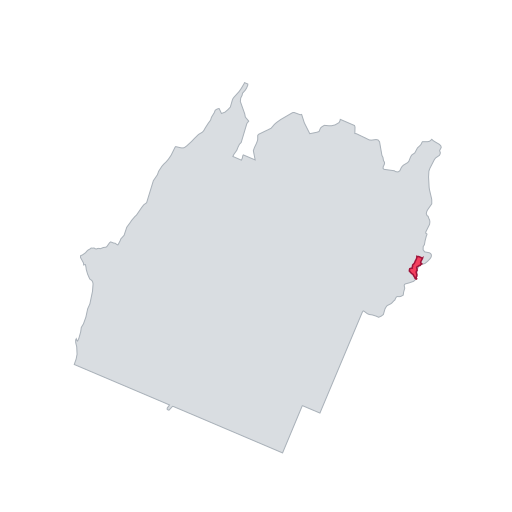 Ag Geneina, Western Darfur, Sudan shown in context, rotated 203°
{"feature_id": "16777658B14333470072302", "entity_name": "Ag Geneina", "entity_type": "district", "adm_level": 2, "iso_a3": "SDN", "parent_name": "Sudan", "parent_adm1": "Western Darfur", "projection": "equal_earth", "projection_center": [22.252, 13.37], "detail": "fine", "context": "in_parent", "style": "filled", "palette": "rose", "viewbox_px": 512, "rotation_deg": 203, "n_neighbors": 0, "source": "geoboundaries", "source_scale": "gbopen_adm2", "svg_char_len": 5616}
<svg xmlns="http://www.w3.org/2000/svg" viewBox="0 0 512 512"><g transform="rotate(203 256 256)"><path d="M334.3,411.1L330.7,411.1L330.3,409.9L330.3,406.8L330.7,404.4L332.0,400.6L331.6,398.5L331.8,395.5L330.8,392.1L321.9,382.4L320.1,379.7L315.4,377.3L316.2,374.5L314.0,354.7L314.9,352.4L315.1,348.9L315.0,345.8L316.1,340.8L316.2,338.6L306.9,338.5L306.8,340.7L307.3,343.1L307.2,344.1L294.3,344.1L299.6,351.9L299.8,355.3L299.6,359.6L299.7,362.3L300.0,364.1L301.5,367.6L301.4,368.3L301.1,369.1L292.0,379.5L290.5,384.3L289.3,386.8L286.7,391.1L278.4,402.2L277.0,403.0L270.6,403.3L270.0,403.6L269.5,404.1L269.2,404.0L263.6,397.5L254.3,389.6L248.3,393.7L246.6,395.2L246.6,399.0L245.7,400.9L244.1,403.0L239.6,404.4L237.2,405.5L234.4,407.6L231.7,411.2L231.5,413.0L231.8,414.7L216.3,414.6L215.2,413.3L212.9,407.4L211.3,407.8L197.1,407.1L195.1,407.7L191.0,410.1L189.0,410.5L186.9,409.4L179.4,397.8L177.7,396.4L176.0,393.7L174.4,392.5L173.9,391.6L173.7,390.4L173.8,387.8L173.2,386.2L172.0,385.8L162.0,388.5L160.6,388.2L158.5,388.7L157.8,389.2L156.9,390.7L156.8,393.9L156.5,395.5L155.8,397.2L152.9,401.2L152.3,402.9L152.4,407.2L152.2,409.4L151.8,410.4L150.6,412.1L150.1,413.0L149.6,418.6L148.1,421.9L147.7,423.1L147.6,425.5L147.4,426.3L142.8,428.2L141.1,429.4L140.1,431.3L139.8,432.1L137.9,431.4L135.4,431.0L130.7,430.4L128.8,429.5L127.9,428.2L128.2,424.8L127.7,424.1L126.9,423.5L126.4,422.0L126.5,420.3L129.0,416.4L129.5,414.3L130.2,404.6L130.0,401.6L128.0,396.1L123.4,386.7L122.3,384.9L116.6,377.1L116.0,376.0L114.6,372.7L116.1,365.5L116.2,363.6L115.8,361.5L114.3,360.0L113.1,359.8L111.4,357.9L110.3,357.0L109.3,355.4L108.6,353.0L109.1,344.6L108.8,343.4L107.3,343.1L107.0,342.5L107.0,340.9L106.3,336.1L105.4,332.2L105.8,330.0L104.6,327.0L102.3,325.7L97.8,326.7L96.4,326.5L95.4,326.0L94.7,324.9L94.4,323.6L94.7,321.6L96.0,318.1L97.6,315.1L100.9,312.4L101.7,311.0L102.2,309.4L102.3,307.6L102.1,305.7L101.7,304.0L100.8,301.7L99.9,299.0L99.8,297.1L100.3,295.8L101.1,294.2L104.4,291.2L107.7,288.6L108.2,287.7L108.0,286.6L106.5,284.5L106.0,280.4L105.2,277.5L106.9,275.4L108.1,274.6L110.1,273.9L110.8,273.0L111.0,271.3L111.0,269.7L111.7,268.4L112.6,265.8L113.3,264.6L115.9,261.6L116.4,259.6L116.6,257.7L115.9,251.9L117.3,249.5L119.2,247.5L121.9,247.6L126.0,247.2L128.9,246.4L130.9,246.4L135.5,247.5L136.0,247.0L136.2,245.5L135.8,136.4L154.7,136.4L154.9,136.2L154.6,85.1L273.1,85.2L274.1,85.0L275.8,80.2L276.6,79.9L277.9,80.2L278.3,81.3L277.4,85.1L380.9,85.1L381.3,90.9L382.3,95.6L385.5,102.3L388.1,105.8L389.0,107.8L389.2,108.7L389.1,109.6L388.3,108.6L387.0,108.0L386.9,111.1L387.7,117.5L388.9,122.0L388.3,126.1L388.7,133.2L390.3,141.6L390.2,147.0L392.7,159.6L395.1,166.7L396.3,168.4L397.6,169.3L400.1,169.9L403.9,173.5L407.0,177.3L408.1,179.2L409.6,181.4L410.5,181.0L411.1,180.4L412.1,182.2L416.9,186.0L417.6,187.7L416.0,189.4L414.2,192.4L413.3,195.2L412.8,196.0L411.4,197.8L411.1,198.6L410.5,199.1L409.8,199.2L408.2,200.1L406.8,199.8L405.3,200.3L404.8,201.0L403.7,201.6L402.1,201.9L399.8,204.2L397.7,205.4L397.0,206.3L396.0,210.9L395.3,212.2L392.1,212.3L390.6,212.7L388.5,212.2L387.5,212.2L387.3,213.2L387.0,217.2L387.1,218.9L385.5,223.5L386.2,232.0L384.7,238.4L384.5,239.9L382.9,245.0L382.0,246.9L380.1,256.4L379.3,259.3L377.5,262.3L379.9,285.2L378.5,292.2L378.7,296.0L377.7,301.7L376.9,304.3L375.5,307.5L374.4,311.0L373.5,315.6L373.0,324.5L372.7,325.3L367.1,326.3L365.3,327.0L364.2,327.9L362.8,330.2L360.0,336.4L358.6,340.2L356.4,345.4L353.7,349.1L353.1,350.9L352.7,354.3L351.8,359.6L350.9,363.3L351.2,366.3L350.4,371.6L350.5,374.2L349.6,375.6L348.3,376.9L347.5,377.3L343.5,373.7L340.8,376.2L339.1,379.6L337.8,383.0L338.7,390.3L338.7,391.9L338.3,393.6L335.8,400.8L335.1,404.1L334.3,409.8L334.3,411.1Z" fill="#d9dde1" stroke="#a8b0b8" stroke-width="1"/><path d="M108.9,302.0L108.2,301.9L107.9,301.7L107.7,301.4L107.4,301.3L107.0,301.1L106.8,301.1L106.5,301.0L106.0,300.7L105.4,300.6L104.7,300.5L104.3,300.4L104.0,300.3L103.4,299.6L103.2,299.5L102.6,299.1L102.3,298.8L101.9,298.6L101.6,298.4L101.1,298.1L100.9,297.6L100.7,297.5L100.3,297.5L100.0,297.5L99.5,297.3L99.4,297.4L99.2,297.7L99.2,297.8L99.3,297.8L99.5,298.0L99.8,298.2L99.9,298.3L100.0,298.5L100.2,298.8L100.2,299.0L100.3,299.2L100.3,299.3L100.3,299.5L100.2,299.8L100.1,300.1L100.1,300.3L100.2,300.5L100.3,300.8L100.3,301.0L100.5,301.2L100.5,301.3L100.5,301.6L100.8,301.8L101.0,302.0L101.2,302.4L101.3,302.6L101.5,302.8L101.6,303.0L101.8,303.1L101.9,303.3L102.0,303.4L102.0,303.5L102.3,303.8L102.3,304.0L102.3,304.3L102.2,304.5L102.2,304.8L102.3,305.0L102.2,305.1L102.2,305.3L102.2,305.5L102.1,305.9L102.3,306.0L102.4,306.3L102.5,306.4L102.6,306.6L102.7,306.8L102.7,307.0L102.8,307.2L102.9,307.3L103.0,307.3L103.2,307.5L103.3,307.6L103.4,307.8L103.5,307.9L103.6,308.0L103.6,308.4L103.6,308.5L103.5,308.8L103.5,309.0L103.4,309.0L103.3,309.3L103.1,309.5L102.9,309.7L102.7,310.1L102.6,310.3L102.4,310.4L102.3,310.5L102.2,310.7L102.2,310.8L102.1,311.0L101.8,311.2L101.7,311.3L101.4,311.4L101.3,311.5L101.2,311.5L101.1,311.8L101.2,312.1L101.1,312.4L101.0,312.5L100.9,312.6L100.9,312.8L100.7,313.0L100.5,313.3L100.5,313.5L100.4,313.6L101.8,314.1L102.1,315.5L101.8,318.7L101.9,319.4L102.2,318.9L102.8,318.9L103.4,319.1L104.5,319.1L105.4,319.1L106.3,319.0L107.5,318.5L107.8,318.5L107.3,317.3L107.3,317.1L107.3,316.9L107.2,315.8L107.3,314.7L107.4,314.2L107.4,313.3L107.4,311.7L107.4,311.1L107.6,310.6L108.2,309.3L108.3,308.9L108.2,308.4L107.9,308.0L107.8,307.7L107.7,307.3L107.9,307.1L107.8,306.7L107.7,306.3L107.4,305.9L108.0,305.6L108.4,305.3L108.9,305.0L109.5,304.4L109.5,304.2L109.4,303.5L109.2,302.7L108.9,302.0Z" fill="#f43f5e" stroke="#9f1239" stroke-width="1.5"/></g></svg>